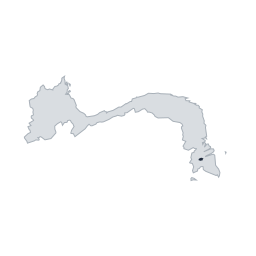 Thot Not, Can Tho, Vietnam (highlighted), rotated 290°
{"feature_id": "81297802B2345271224879", "entity_name": "Thot Not", "entity_type": "district", "adm_level": 2, "iso_a3": "VNM", "parent_name": "Vietnam", "parent_adm1": "Can Tho", "projection": "orthographic", "projection_center": [105.542, 10.239], "detail": "fine", "context": "in_parent", "style": "filled", "palette": "slate", "viewbox_px": 256, "rotation_deg": 290, "n_neighbors": 0, "source": "geoboundaries", "source_scale": "gbopen_adm2", "svg_char_len": 4185}
<svg xmlns="http://www.w3.org/2000/svg" viewBox="0 0 256 256"><g transform="rotate(290 128 128)"><path d="M155.0,50.7L152.9,50.9L150.7,52.7L147.7,53.9L147.1,57.0L144.6,58.5L143.4,57.8L141.0,58.5L138.3,57.8L139.3,61.4L136.6,64.3L136.9,66.1L136.2,67.6L131.6,71.7L130.3,71.7L129.3,72.4L127.0,77.2L126.7,81.3L125.8,83.6L124.7,84.5L124.5,85.8L128.0,92.2L130.4,94.8L132.7,96.1L136.2,99.9L135.6,100.9L135.9,103.0L134.3,102.4L134.5,102.6L136.4,103.8L139.4,107.9L144.5,112.2L145.3,114.3L150.3,117.8L150.2,118.3L153.7,121.1L154.1,122.3L156.8,122.1L159.2,125.4L160.0,125.4L160.3,126.8L164.2,132.4L167.6,135.3L169.2,140.5L171.2,144.4L171.3,146.7L174.4,156.4L174.2,157.6L173.6,156.4L173.7,160.1L174.3,162.0L174.1,164.4L176.2,168.9L176.6,173.8L175.1,171.7L173.5,173.2L174.7,176.8L173.4,176.5L173.6,181.2L174.2,182.9L174.0,183.5L173.3,182.3L172.8,184.5L173.4,186.1L172.5,187.8L171.2,188.0L170.6,191.5L168.3,191.9L166.7,193.5L164.6,194.1L160.8,197.2L158.4,197.8L157.2,200.3L155.0,200.6L147.1,204.8L146.1,203.8L144.7,203.4L143.5,201.2L142.7,204.8L142.1,205.1L140.9,204.4L139.7,202.9L138.1,203.9L139.9,204.2L140.4,205.2L140.1,206.3L136.1,206.3L139.8,207.7L140.5,208.8L138.8,210.5L138.8,211.8L137.9,212.4L135.9,211.3L131.6,207.3L136.7,212.9L137.6,215.4L136.4,216.6L135.0,216.6L132.6,215.0L128.7,211.0L127.4,210.4L131.9,216.1L132.6,217.4L132.1,218.8L122.9,223.1L120.4,227.2L117.6,229.6L114.5,230.2L112.8,230.0L114.6,227.9L113.5,227.1L113.9,215.9L114.7,213.0L117.3,211.8L117.3,211.2L116.4,209.5L114.3,208.8L113.3,207.6L111.4,208.0L108.2,204.7L110.0,203.2L114.0,203.0L116.7,200.6L116.3,198.1L116.7,197.7L120.3,198.6L121.6,197.2L126.4,196.6L127.7,198.4L128.9,198.1L131.1,199.3L132.0,199.3L131.5,197.6L131.9,196.0L127.8,192.4L127.7,187.6L128.7,187.4L129.8,185.9L135.2,186.9L135.4,183.2L139.3,182.8L140.1,181.8L142.4,181.4L146.2,178.2L147.8,178.0L148.7,178.8L150.2,177.4L150.9,174.9L149.7,168.1L151.5,162.4L147.7,152.8L148.1,149.5L149.2,148.3L150.4,145.5L150.2,142.4L149.6,140.9L150.6,139.9L151.9,137.1L150.7,135.2L146.8,132.1L145.3,129.5L148.3,127.4L148.3,126.2L142.1,121.9L141.0,119.7L139.5,120.5L138.4,120.0L136.9,117.8L136.3,113.6L135.3,112.9L133.2,110.0L129.6,107.2L125.4,102.8L124.6,101.4L124.1,99.4L122.4,97.0L120.7,96.5L117.8,93.5L117.4,92.3L118.2,90.1L116.2,89.1L112.6,88.0L101.7,81.1L104.0,78.6L103.4,76.4L103.6,76.0L106.6,75.8L110.9,76.8L113.0,74.9L113.9,72.9L115.4,71.3L115.4,70.4L114.4,68.8L112.4,68.7L111.4,66.4L108.1,65.5L110.3,63.9L110.9,62.7L107.9,60.2L104.7,58.5L101.8,59.7L99.6,61.6L98.6,61.9L91.7,59.2L88.5,54.0L89.8,49.9L89.9,48.4L88.5,47.6L88.2,46.6L87.1,48.4L86.1,48.4L85.2,45.3L84.0,44.5L79.4,38.7L80.9,37.6L83.1,34.3L84.0,33.7L88.5,36.0L90.5,37.9L92.5,36.6L92.5,35.9L95.0,33.5L97.1,36.0L98.7,33.4L102.8,36.7L103.5,36.1L104.3,33.8L105.5,33.2L106.4,33.1L107.5,34.4L108.4,34.5L110.4,33.2L112.5,32.9L113.9,31.7L114.3,29.1L114.8,28.6L120.0,25.8L122.2,27.3L123.5,29.5L125.4,30.1L127.3,31.6L128.9,31.4L129.4,30.8L131.3,30.9L132.9,32.4L136.3,31.7L139.4,33.5L138.4,35.4L136.9,36.3L136.5,37.3L136.5,39.5L137.8,40.8L138.0,44.4L138.8,44.1L142.0,45.1L143.1,46.9L144.7,48.0L145.9,48.0L146.9,49.4L148.0,49.0L148.5,49.6L150.7,49.3L152.2,48.8L155.0,50.7ZM103.2,204.9L103.3,207.3L102.5,210.0L101.6,207.0L100.2,205.2L102.1,204.4L103.2,204.9ZM150.3,54.8L148.4,56.5L147.7,56.5L148.6,54.1L150.3,54.8ZM142.9,61.2L142.4,61.3L141.3,60.2L141.9,59.6L143.0,60.0L143.3,60.5L142.9,61.2ZM149.3,58.8L148.5,59.1L147.7,59.1L149.6,57.3L149.3,58.8ZM139.8,58.8L140.6,60.6L139.5,59.7L139.8,58.8ZM146.1,204.2L144.6,205.7L144.5,205.0L146.1,204.2ZM138.8,228.5L137.6,228.5L138.9,227.6L138.8,228.5Z" fill="#d9dde1" stroke="#a8b0b8" stroke-width="1"/><path d="M123.7,208.3L123.7,208.2L123.8,208.1L123.8,207.9L124.0,207.8L124.3,207.8L124.2,207.8L124.2,207.7L124.3,207.6L124.5,207.8L124.5,207.7L124.4,207.4L124.3,207.2L124.2,207.1L124.1,206.9L123.9,206.8L123.9,206.7L123.7,206.5L123.6,206.4L123.4,206.3L123.3,206.2L123.2,206.2L122.9,206.0L122.9,205.9L122.7,205.9L122.7,206.0L122.7,206.3L122.7,206.5L122.8,206.6L122.8,206.8L122.8,207.2L123.0,207.2L123.1,207.3L123.3,207.3L123.5,207.3L123.5,207.5L123.5,207.8L123.4,207.9L123.4,208.0L123.6,208.2L123.6,208.3L123.7,208.3Z" fill="#64748b" stroke="#1e293b" stroke-width="1.5"/></g></svg>